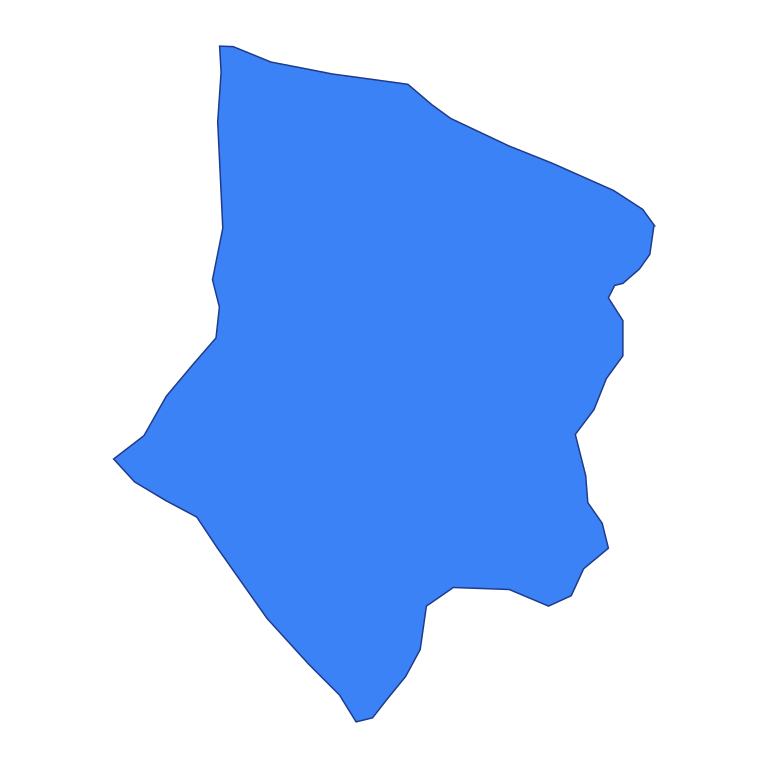 outline of Smedjebacken, Dalarna, Sweden
{"feature_id": "70781695B69424081161255", "entity_name": "Smedjebacken", "entity_type": "district", "adm_level": 2, "iso_a3": "SWE", "parent_name": "Sweden", "parent_adm1": "Dalarna", "projection": "mercator", "projection_center": [15.509, 60.098], "detail": "fine", "context": "isolated", "style": "filled", "palette": "blue", "viewbox_px": 768, "rotation_deg": 0, "n_neighbors": 0, "source": "geoboundaries", "source_scale": "gbopen_adm2", "svg_char_len": 869}
<svg xmlns="http://www.w3.org/2000/svg" viewBox="0 0 768 768"><path d="M113.6,459.0L134.7,482.0L165.8,500.6L196.8,517.1L217.5,548.2L223.2,556.2L267.1,618.5L308.5,664.0L339.5,695.0L356.1,721.9L372.6,717.8L373.2,717.0L387.1,699.2L405.7,676.4L420.2,649.5L426.4,606.1L453.3,587.5L509.2,589.5L548.5,606.1L571.2,595.7L573.6,590.6L583.6,568.8L608.4,548.2L602.2,523.3L587.8,502.6L585.7,475.7L583.6,467.3L575.3,434.4L594.0,409.6L606.4,378.5L622.9,355.8L622.9,320.6L608.4,297.8L614.7,285.4L622.9,283.4L639.5,268.9L649.8,254.4L654.0,225.4L654.4,225.5L642.7,209.4L613.6,190.5L551.9,163.1L549.1,162.0L509.0,146.0L450.8,118.5L431.9,104.8L407.9,84.3L332.5,74.0L270.8,62.0L233.1,46.6L221.6,46.2L219.6,46.1L221.1,72.3L217.7,122.0L222.8,228.2L212.5,279.7L219.4,307.1L216.0,337.9L193.7,363.6L166.3,396.2L144.0,435.6L113.6,459.0Z" fill="#3b82f6" stroke="#1e3a8a" stroke-width="1.5"/></svg>